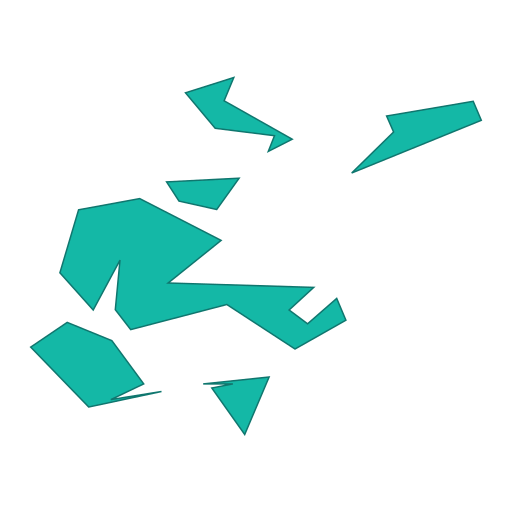 the Unitary District of Orkney
{"feature_id": "GBR-2744", "entity_name": "Orkney", "entity_type": "Unitary District", "adm_level": 1, "iso_a3": "GBR", "parent_name": "United Kingdom", "parent_adm1": "", "projection": "robinson", "projection_center": [-2.916, 59.046], "detail": "coarse", "context": "isolated", "style": "filled", "palette": "teal", "viewbox_px": 512, "rotation_deg": 0, "n_neighbors": 0, "source": "natural_earth", "source_scale": "10m", "svg_char_len": 729}
<svg xmlns="http://www.w3.org/2000/svg" viewBox="0 0 512 512"><path d="M336.7,298.4L345.9,320.2L295.0,349.0L226.8,304.5L130.7,329.6L115.3,309.7L120.0,260.1L93.2,310.0L59.9,272.8L78.6,209.8L139.7,198.6L221.1,240.4L168.1,283.0L313.7,287.4L289.1,310.0L307.6,323.8L336.7,298.4ZM110.8,399.6L161.5,391.5L88.7,407.0L30.7,347.1L67.2,322.4L111.9,340.7L143.7,383.9L110.8,399.6ZM386.6,116.0L473.2,101.3L481.3,120.3L351.7,173.0L393.6,132.0L386.6,116.0ZM215.2,128.3L185.5,92.8L233.8,77.5L224.1,100.8L292.2,139.2L268.3,151.4L274.5,135.7L215.2,128.3ZM203.2,383.9L269.1,377.0L244.7,434.5L211.8,388.0L232.9,383.9L203.2,383.9ZM216.7,209.5L179.0,201.1L166.6,181.9L239.1,178.2L216.7,209.5Z" fill="#14b8a6" stroke="#0f766e" stroke-width="1.5"/></svg>